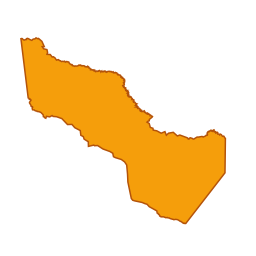 outline of Feijó, Acre, Brazil, rotated 83°
{"feature_id": "56859067B34777651635639", "entity_name": "Feijó", "entity_type": "district", "adm_level": 2, "iso_a3": "BRA", "parent_name": "Brazil", "parent_adm1": "Acre", "projection": "natural_earth1", "projection_center": [-71.035, -8.896], "detail": "fine", "context": "isolated", "style": "filled", "palette": "amber", "viewbox_px": 256, "rotation_deg": 83, "n_neighbors": 0, "source": "geoboundaries", "source_scale": "gbopen_adm2", "svg_char_len": 5794}
<svg xmlns="http://www.w3.org/2000/svg" viewBox="0 0 256 256"><g transform="rotate(83 128 128)"><path d="M229.8,82.3L184.3,37.2L150.3,32.6L150.1,32.6L149.7,33.1L147.9,33.8L147.7,34.0L147.8,35.1L147.4,35.5L146.1,36.1L145.4,36.9L146.0,37.9L145.3,38.1L145.0,39.6L143.5,39.5L143.2,39.7L143.7,41.4L142.3,41.4L142.2,41.7L142.5,42.4L142.3,42.9L141.4,43.3L141.2,43.6L140.9,43.5L140.9,42.8L140.6,42.7L140.3,42.9L140.5,43.5L141.4,44.3L140.9,44.5L140.8,44.8L141.3,45.2L141.2,45.7L140.3,46.0L140.9,47.2L141.4,47.6L141.2,47.9L141.4,48.3L141.2,48.5L141.6,49.2L141.9,49.1L142.4,49.9L142.8,49.8L143.3,50.2L144.3,49.9L144.8,50.2L144.7,51.2L144.9,51.3L145.6,52.6L145.8,53.7L146.1,54.3L146.0,54.7L145.4,55.5L145.6,59.4L145.4,60.5L147.0,64.1L146.9,64.7L146.2,65.4L145.3,67.4L145.6,68.2L146.4,68.8L146.4,69.1L146.0,69.8L145.4,69.9L144.8,70.6L141.3,77.4L141.9,80.0L137.8,83.6L138.1,88.4L139.8,90.8L136.1,91.8L137.2,95.7L134.3,99.8L133.2,103.2L131.3,103.3L130.1,105.8L126.1,106.4L124.5,108.4L123.8,107.5L123.4,106.0L122.1,105.8L120.3,102.9L119.6,102.3L119.1,102.8L118.9,103.5L118.7,103.5L118.2,103.8L118.1,104.3L118.2,104.6L117.6,104.5L116.7,105.5L116.9,106.2L116.8,106.6L116.6,106.9L116.5,106.2L116.3,106.2L116.3,106.5L116.1,106.4L115.6,106.7L115.4,107.0L115.7,108.0L115.6,108.3L114.7,108.7L114.7,109.1L114.4,109.2L114.3,109.7L114.0,109.7L113.7,110.2L113.4,110.3L113.1,109.7L112.9,109.8L113.3,110.6L113.2,111.2L113.5,112.0L113.4,112.3L112.8,112.2L112.6,112.5L113.0,112.9L112.9,113.2L112.4,112.6L112.0,112.5L111.7,113.8L111.2,113.4L110.9,113.5L110.7,113.7L110.8,114.0L109.8,114.5L109.6,114.7L109.6,115.2L109.9,115.4L109.9,115.8L109.6,116.0L109.2,115.6L108.4,115.9L108.2,115.6L108.0,115.8L107.9,116.1L108.4,116.5L108.4,116.8L108.2,117.0L108.1,117.4L107.9,116.8L107.3,116.3L106.8,116.5L106.4,117.6L106.3,117.4L106.3,116.7L106.0,116.6L105.4,117.3L105.0,117.2L104.9,116.7L104.2,117.9L104.5,118.1L103.7,117.8L103.0,118.3L103.0,119.1L102.6,118.9L102.0,119.5L101.2,118.7L100.9,118.7L100.3,119.7L100.2,120.8L100.0,120.7L99.6,120.1L99.3,120.2L99.0,120.7L98.6,120.7L97.7,121.4L97.7,121.7L97.4,121.5L97.1,123.1L96.5,122.6L96.2,123.2L96.4,123.8L96.0,124.4L95.8,124.4L95.2,123.7L94.9,123.7L94.7,124.0L94.4,123.8L94.2,124.0L94.3,123.2L94.0,123.3L93.5,124.0L93.1,123.3L92.4,123.6L92.4,123.2L92.1,123.3L92.1,123.9L91.9,123.8L91.7,124.0L91.6,124.5L90.9,125.2L90.6,124.4L90.4,125.3L90.2,125.4L90.0,125.5L90.0,125.1L89.3,125.4L89.5,125.8L88.9,125.9L88.9,125.6L88.4,125.5L88.5,125.8L88.2,126.3L87.9,126.5L87.6,126.2L87.4,126.7L87.0,126.7L87.0,127.3L86.7,127.5L85.6,127.9L85.7,127.0L85.3,127.0L85.0,127.4L84.6,126.4L83.9,126.3L83.4,126.6L83.0,126.4L82.8,126.9L82.5,127.0L82.0,126.1L81.9,126.3L81.0,125.7L80.7,126.0L80.5,125.8L80.2,126.1L80.0,125.5L79.2,125.6L78.9,126.3L78.6,126.3L78.3,126.7L78.1,126.8L78.0,127.7L77.8,127.8L77.2,127.4L77.1,127.7L76.7,128.1L76.8,128.4L76.7,128.7L76.3,128.4L76.2,128.8L75.6,128.7L75.4,129.0L74.7,129.1L74.7,129.6L74.1,130.4L74.2,130.7L74.0,131.5L73.8,131.5L73.5,131.2L73.3,131.4L73.3,132.0L72.1,132.3L71.3,133.7L71.4,134.0L71.7,134.1L71.5,135.2L71.3,135.0L71.0,135.6L70.4,135.9L70.7,136.4L70.4,136.9L70.4,137.6L69.9,137.8L69.9,138.8L69.6,139.0L69.7,139.5L69.4,139.8L69.5,140.2L69.3,140.9L69.8,141.9L69.7,142.2L70.0,142.4L69.6,142.9L69.6,143.2L69.1,143.2L68.8,143.6L68.6,144.0L69.0,144.3L69.1,145.1L68.8,144.9L68.7,145.2L69.0,145.4L69.0,146.1L68.9,146.8L68.2,147.0L69.0,148.0L68.7,148.0L67.4,149.4L67.7,150.2L68.0,150.3L67.8,150.6L68.1,151.2L67.8,151.5L67.6,152.6L68.2,153.1L67.9,153.6L67.1,153.9L67.3,154.1L67.2,154.5L66.8,154.2L66.6,154.1L66.5,154.7L66.2,154.8L66.3,155.0L66.3,155.7L66.0,155.8L65.7,157.6L65.5,157.4L65.2,157.4L65.0,157.6L65.1,158.2L64.3,158.4L64.0,158.6L63.9,159.2L63.5,159.5L63.0,159.4L62.6,160.0L62.3,159.9L61.8,160.5L62.1,160.7L62.1,161.1L62.4,161.1L62.1,162.6L61.6,163.1L61.7,163.4L61.1,163.6L60.6,165.2L60.8,165.5L60.6,166.6L60.3,166.6L59.7,167.6L60.0,167.8L59.8,168.6L59.6,168.8L59.7,169.0L59.6,169.3L60.2,170.1L60.3,171.4L60.0,172.6L60.3,173.3L59.8,173.9L59.7,174.9L59.3,175.2L59.2,175.6L58.6,175.5L58.2,175.9L58.3,176.6L57.8,176.9L57.6,177.5L56.1,178.6L55.5,178.6L55.2,178.9L55.0,179.9L54.5,180.6L55.0,182.0L54.9,182.3L54.0,182.7L53.9,183.0L54.2,183.7L53.8,184.9L54.0,185.7L53.5,186.5L53.1,186.8L52.7,187.9L52.4,188.2L52.0,188.3L51.6,188.9L51.9,190.7L49.4,192.0L48.2,193.4L48.3,194.6L45.6,196.2L45.0,199.4L43.2,198.6L40.3,198.9L39.1,202.1L36.8,203.2L37.0,201.2L31.5,202.9L28.3,205.8L28.5,206.0L28.4,206.4L28.2,207.1L27.5,207.9L27.4,208.5L28.0,209.1L28.2,209.7L28.2,211.3L29.3,212.8L28.1,214.9L27.4,215.6L27.3,216.0L26.8,216.6L26.9,217.7L27.2,218.1L27.8,218.1L27.8,219.3L28.1,220.2L27.7,221.1L26.4,222.0L26.2,222.7L26.3,223.4L86.0,223.4L86.9,222.1L87.4,222.5L87.6,222.3L87.8,221.3L88.1,221.0L88.8,221.0L90.4,222.6L91.1,222.7L93.8,221.5L94.7,221.5L95.1,220.9L95.2,220.3L95.7,220.1L96.1,220.5L97.1,220.7L98.3,220.5L98.7,218.8L99.6,218.0L100.1,216.4L100.5,216.2L101.2,213.7L101.6,213.3L101.9,212.6L104.5,210.6L106.4,210.6L106.6,210.0L107.6,209.5L108.3,208.4L106.5,207.5L107.4,204.3L106.4,201.8L107.4,200.9L108.1,197.5L110.6,192.5L117.2,187.6L117.6,183.2L121.2,180.8L124.7,175.7L129.5,175.7L131.1,173.4L133.7,172.9L136.8,169.1L141.4,169.5L140.8,164.0L141.5,163.4L141.7,160.3L145.8,155.4L149.1,148.9L151.2,146.2L154.7,145.9L155.8,144.3L158.4,138.5L161.2,135.5L164.6,133.8L173.9,134.1L181.6,134.7L198.4,133.3L200.3,132.1L201.2,130.1L203.6,123.1L205.1,120.5L206.0,118.4L208.7,116.5L213.8,109.5L216.0,109.4L216.5,108.5L217.4,108.3L217.6,107.7L218.3,107.4L219.2,107.3L219.6,106.5L220.2,106.1L220.5,103.5L221.7,101.3L221.6,99.9L222.0,99.5L222.4,97.9L223.1,97.1L223.5,95.9L223.8,95.5L224.2,94.2L224.6,93.7L224.5,91.8L224.9,90.3L225.6,89.1L227.1,87.4L227.2,86.8L229.2,84.8L229.3,84.5L229.2,84.1L229.5,84.0L229.8,82.8L229.8,82.3Z" fill="#f59e0b" stroke="#b45309" stroke-width="1.5"/></g></svg>